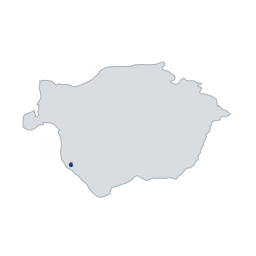 Ciortesti, Iasi, Romania shown in context, rotated 170°
{"feature_id": "2599482B12442358854249", "entity_name": "Ciortesti", "entity_type": "district", "adm_level": 2, "iso_a3": "ROU", "parent_name": "Romania", "parent_adm1": "Iasi", "projection": "natural_earth1", "projection_center": [27.848, 46.913], "detail": "fine", "context": "in_parent", "style": "filled", "palette": "blue", "viewbox_px": 256, "rotation_deg": 170, "n_neighbors": 0, "source": "geoboundaries", "source_scale": "gbopen_adm2", "svg_char_len": 4217}
<svg xmlns="http://www.w3.org/2000/svg" viewBox="0 0 256 256"><g transform="rotate(170 128 128)"><path d="M198.5,142.1L200.8,144.9L203.7,146.5L210.5,148.1L211.1,147.9L211.2,147.6L210.7,147.2L210.6,146.6L210.9,146.0L211.9,145.9L213.4,146.5L216.3,145.7L220.6,143.4L224.5,142.9L228.1,144.3L230.0,145.9L231.2,147.3L230.8,149.2L230.6,150.4L229.7,155.1L229.0,156.9L228.0,158.9L216.9,161.3L217.6,160.2L217.3,158.1L216.8,156.6L217.9,155.3L215.3,154.8L214.2,155.5L213.4,156.8L214.2,159.8L213.0,161.5L212.5,162.4L212.4,164.7L211.7,165.6L211.6,166.6L213.4,166.4L212.6,168.3L209.2,172.0L208.1,174.1L208.4,182.8L206.9,188.0L206.8,189.6L203.2,189.6L202.1,189.5L198.8,188.7L195.0,187.3L192.7,184.6L191.3,182.7L188.1,183.6L187.5,183.4L186.6,182.4L184.2,181.8L181.2,181.8L174.5,178.3L173.8,177.7L168.5,178.3L160.6,180.0L154.6,182.2L148.3,186.0L145.8,188.9L142.8,190.4L138.7,191.5L131.2,191.1L123.5,189.7L115.2,188.1L110.7,189.0L104.6,188.3L95.5,186.4L88.6,185.9L81.9,187.0L80.8,186.1L80.5,185.2L80.8,183.8L81.8,182.7L83.4,181.9L84.3,181.1L84.4,180.2L82.6,178.8L78.9,176.9L77.4,175.8L77.0,175.5L76.9,174.4L76.2,173.6L74.7,173.0L73.6,171.8L72.9,170.3L73.1,168.7L74.3,167.3L75.7,166.7L77.5,166.9L78.2,166.5L78.0,165.5L76.3,164.3L73.1,162.7L69.9,163.6L66.5,166.8L64.1,167.3L62.7,165.1L60.2,163.8L56.5,163.4L54.2,162.6L53.4,161.4L51.8,160.4L48.2,159.4L48.2,158.4L48.8,158.2L50.1,158.1L51.8,157.9L52.1,157.3L52.1,156.8L50.8,156.2L49.4,155.7L48.7,155.3L48.3,154.8L48.2,154.3L48.6,154.0L49.2,153.9L49.7,153.6L50.1,152.5L50.8,151.5L51.3,151.2L51.3,150.5L50.8,149.8L50.1,149.2L49.0,148.9L45.6,147.9L43.9,146.5L42.9,146.4L41.2,145.6L39.5,144.4L38.0,142.7L36.3,141.6L35.9,141.1L35.9,140.7L36.2,140.2L36.2,139.7L35.8,138.0L36.2,136.2L36.1,134.5L36.1,133.8L35.8,133.5L35.5,133.8L35.1,134.1L34.7,134.2L33.5,132.9L32.0,130.5L31.0,129.6L29.0,128.5L27.3,127.5L26.1,125.4L24.8,123.8L25.7,123.2L30.7,122.2L32.9,123.1L34.0,122.8L35.0,122.1L35.6,121.5L35.7,120.8L36.2,120.0L37.9,119.7L42.3,120.1L44.1,119.0L44.8,118.4L45.2,117.1L45.7,116.0L47.3,115.4L47.3,114.5L47.1,113.4L48.1,111.0L48.7,110.0L49.6,109.7L50.7,108.9L52.6,107.4L52.2,106.0L52.6,105.0L54.6,102.6L56.2,100.2L56.2,99.0L56.4,98.0L57.8,96.9L59.2,95.4L61.1,90.8L61.8,90.1L63.0,89.2L63.9,88.3L64.1,85.3L64.9,84.4L66.6,83.5L68.2,81.9L69.5,80.0L70.5,79.2L71.8,78.9L73.3,78.2L74.9,77.9L76.4,78.3L77.4,78.1L78.9,77.2L82.8,73.8L83.3,73.1L84.1,72.7L87.2,71.5L88.0,70.3L89.1,69.3L90.4,69.4L94.8,72.0L99.5,71.8L100.4,71.9L100.7,72.0L101.3,72.2L107.6,73.5L108.6,73.3L108.8,73.2L111.3,74.3L113.6,74.1L115.7,73.4L118.0,73.1L120.0,73.6L121.5,75.1L125.5,78.3L126.7,79.4L128.6,79.3L130.6,78.7L132.7,76.6L139.1,74.1L144.0,73.5L148.7,72.6L154.2,71.9L155.8,69.9L156.7,68.6L157.3,66.1L160.3,65.4L163.1,64.9L164.1,64.6L166.1,64.5L167.7,64.7L170.1,65.9L171.8,67.4L172.5,68.7L174.0,70.4L175.5,72.8L177.2,76.0L177.6,77.7L178.2,79.4L179.5,81.6L181.9,84.0L182.2,84.4L183.3,86.1L185.5,89.8L187.2,91.3L188.8,92.9L189.5,94.6L190.6,96.1L193.3,98.0L195.4,99.8L197.1,105.0L198.3,107.3L199.0,109.1L198.7,112.8L199.1,114.4L198.2,117.2L196.4,123.0L196.0,127.6L196.3,130.1L196.4,131.7L196.8,132.7L197.3,134.8L197.3,136.6L196.7,137.1L195.8,137.6L195.5,137.9L196.3,138.8L197.4,140.3L198.5,142.1Z" fill="#d9dde1" stroke="#a8b0b8" stroke-width="1"/><path d="M191.0,103.1L191.1,102.9L191.1,102.7L190.9,102.5L190.9,102.4L191.0,102.3L190.9,102.2L191.0,102.2L190.9,102.1L191.0,102.0L191.3,102.0L191.4,101.9L191.5,101.9L191.8,101.9L191.8,101.7L191.8,101.4L191.7,101.3L191.7,101.2L191.8,101.2L191.7,101.2L191.8,101.2L192.0,101.1L191.9,101.1L191.9,100.9L191.7,100.8L191.6,100.7L191.4,100.7L191.3,100.8L191.2,100.8L191.2,100.7L191.1,100.4L190.9,100.2L190.7,100.1L190.5,100.3L190.3,100.4L190.2,100.3L190.1,100.5L189.9,100.7L189.7,100.7L189.7,100.8L189.7,101.0L189.5,100.9L189.5,100.7L189.4,100.7L189.4,100.8L189.2,100.9L189.3,100.9L189.3,101.0L189.5,101.2L189.8,101.1L189.8,101.3L189.7,101.4L189.7,101.5L189.7,101.8L189.7,102.0L189.8,102.2L189.7,102.2L189.7,102.3L189.8,102.4L189.8,102.5L189.7,102.6L189.6,102.8L189.5,103.0L189.5,102.9L189.4,103.0L189.5,103.1L189.8,103.2L190.1,103.3L190.1,103.2L190.3,102.9L190.4,103.0L190.5,102.9L190.5,103.0L190.8,103.1L191.0,103.1L191.0,103.1Z" fill="#3b82f6" stroke="#1e3a8a" stroke-width="1.5"/></g></svg>